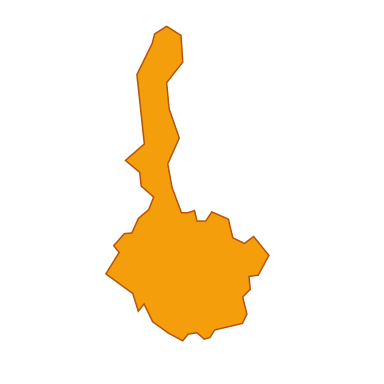 outline of Sarandë, Vlorë, Albania, rotated 26°
{"feature_id": "67620474B70468291702657", "entity_name": "Sarandë", "entity_type": "district", "adm_level": 2, "iso_a3": "ALB", "parent_name": "Albania", "parent_adm1": "Vlorë", "projection": "equal_earth", "projection_center": [20.101, 39.891], "detail": "fine", "context": "isolated", "style": "filled", "palette": "amber", "viewbox_px": 384, "rotation_deg": 26, "n_neighbors": 0, "source": "geoboundaries", "source_scale": "gbopen_adm2", "svg_char_len": 785}
<svg xmlns="http://www.w3.org/2000/svg" viewBox="0 0 384 384"><g transform="rotate(26 192 192)"><path d="M266.9,205.0L261.6,215.3L248.8,215.3L236.6,200.5L218.5,201.2L217.1,212.1L209.2,215.9L202.4,207.6L197.0,212.7L191.6,215.3L172.1,196.7L157.9,177.4L156.9,149.1L135.0,127.3L121.3,104.9L126.7,79.2L113.5,56.1L96.5,54.2L89.1,66.4L91.1,76.0L91.0,110.6L128.1,169.7L118.3,192.8L136.4,197.3L143.7,208.9L159.8,213.4L160.8,226.9L155.4,239.1L155.9,255.2L149.5,259.0L145.1,274.5L153.0,278.3L150.5,303.4L183.3,309.2L196.0,322.7L198.0,313.7L213.6,325.9L232.7,329.2L248.9,329.8L250.9,321.4L258.2,316.3L267.5,318.9L271.9,315.0L272.9,306.0L294.9,288.0L294.9,277.7L283.6,264.2L287.0,253.9L280.2,242.9L288.0,237.8L288.9,215.3L266.9,205.0Z" fill="#f59e0b" stroke="#b45309" stroke-width="1.5"/></g></svg>